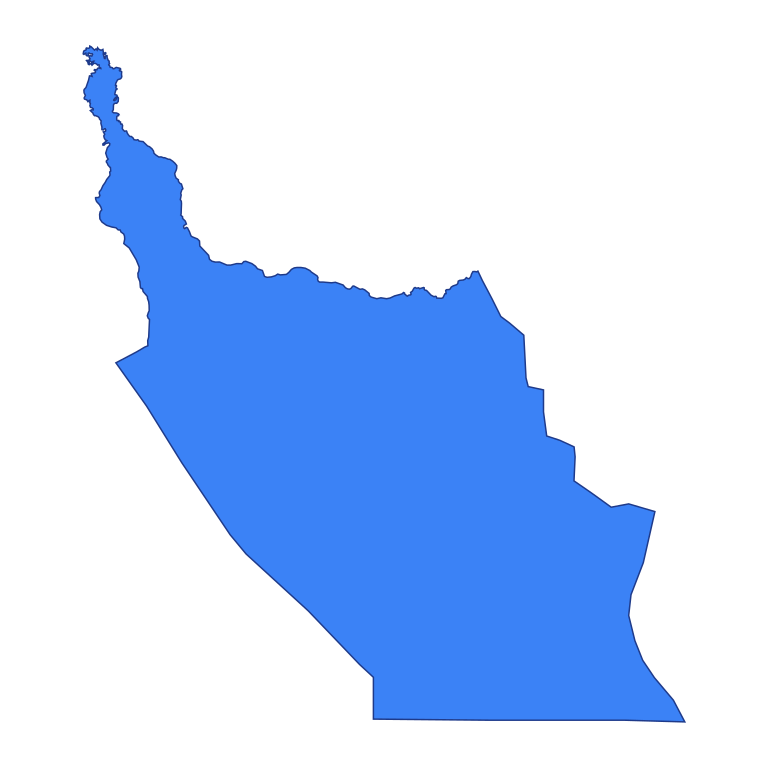 Intan Jaya, Papua, Indonesia
{"feature_id": "22746128B83440404091664", "entity_name": "Intan Jaya", "entity_type": "district", "adm_level": 2, "iso_a3": "IDN", "parent_name": "Indonesia", "parent_adm1": "Papua", "projection": "albers", "projection_center": [136.506, -3.409], "detail": "fine", "context": "isolated", "style": "filled", "palette": "blue", "viewbox_px": 768, "rotation_deg": 0, "n_neighbors": 0, "source": "geoboundaries", "source_scale": "gbopen_adm2", "svg_char_len": 5866}
<svg xmlns="http://www.w3.org/2000/svg" viewBox="0 0 768 768"><path d="M477.9,271.1L476.7,271.9L474.9,271.5L472.9,271.6L471.5,274.1L470.8,276.6L469.4,278.5L468.0,278.6L466.3,277.6L465.0,279.2L463.3,280.0L459.6,280.4L458.2,281.2L457.8,283.6L456.6,284.7L453.1,285.9L451.2,287.1L450.2,288.9L449.3,289.5L446.5,289.7L445.7,290.4L446.1,293.6L444.9,293.8L442.9,297.8L441.4,298.3L436.8,298.1L436.2,296.5L435.3,296.3L434.0,296.7L431.1,295.2L426.5,290.4L425.1,290.2L424.2,289.3L424.2,287.8L423.6,287.5L419.5,288.7L418.7,287.8L416.4,288.2L415.1,287.5L414.0,288.1L412.2,291.3L410.6,292.4L411.1,294.1L410.7,294.8L408.3,295.3L407.6,296.1L406.4,295.7L405.6,294.6L404.5,294.0L404.5,293.0L403.6,292.5L401.8,294.0L394.6,295.9L390.1,298.0L386.6,298.7L380.9,297.8L376.8,298.7L371.2,297.1L369.3,295.5L369.1,293.4L364.8,289.9L362.5,288.9L360.0,289.3L353.8,286.0L352.7,286.2L350.9,288.5L349.3,289.2L347.3,288.8L345.4,287.7L343.1,285.0L335.4,282.3L331.5,282.8L323.2,282.1L319.5,282.1L318.1,281.0L317.6,279.4L318.0,277.6L317.1,275.9L311.4,272.1L309.8,270.5L305.3,268.2L301.0,267.5L296.9,267.5L294.2,267.9L291.4,269.4L288.9,272.3L286.4,274.4L280.4,274.9L277.7,274.1L275.3,275.7L271.3,276.9L267.0,277.3L264.5,276.4L262.4,270.5L257.5,268.8L255.5,266.2L251.9,263.6L245.8,261.3L243.8,261.6L241.9,263.7L236.7,263.6L230.6,265.1L227.0,265.1L219.6,262.0L215.3,262.1L211.9,261.2L209.5,259.3L208.6,255.3L199.8,246.0L199.5,241.0L197.4,238.9L192.2,236.8L191.0,235.9L189.4,231.6L187.5,227.9L186.3,227.4L184.7,228.6L183.9,228.0L183.6,226.4L184.0,225.5L186.4,224.0L185.3,221.1L182.6,218.4L182.6,216.8L180.7,215.0L181.1,214.1L181.5,203.5L181.3,201.2L180.3,199.7L181.2,195.0L180.7,193.3L181.9,189.7L182.9,188.8L181.4,184.0L180.0,183.4L178.8,181.9L178.3,180.9L178.4,179.8L176.1,178.1L175.1,175.6L174.7,173.5L176.3,169.9L176.7,168.2L176.8,165.6L174.9,163.2L172.7,161.2L169.9,159.3L168.2,159.2L164.7,157.7L163.8,157.8L161.1,156.9L158.8,157.0L155.6,154.8L154.0,153.3L153.5,151.1L152.0,148.8L149.5,146.7L147.6,146.0L143.1,141.6L139.8,141.2L138.8,140.9L138.3,140.0L137.5,139.7L136.4,140.1L134.0,139.7L133.1,138.0L131.4,136.5L129.7,136.4L128.1,134.5L126.9,132.3L126.8,131.4L126.3,130.9L124.6,131.3L122.8,129.5L122.3,128.5L122.6,125.5L121.9,124.0L121.0,124.2L120.5,123.2L120.5,122.0L119.0,121.6L119.3,121.2L118.8,120.5L117.1,120.5L116.7,119.5L116.8,116.5L117.5,115.9L118.4,115.7L118.4,114.7L119.0,114.6L118.6,113.9L116.6,113.0L113.6,112.8L112.5,111.9L112.4,111.1L113.3,109.9L113.5,104.8L114.3,103.6L115.6,103.2L116.7,103.3L118.2,101.5L118.4,98.3L118.2,97.5L117.5,97.3L116.8,97.6L115.9,99.8L114.2,100.6L113.7,100.3L113.8,99.7L115.2,97.9L117.3,96.2L116.8,95.1L114.9,94.6L114.9,93.5L115.8,89.9L116.9,89.4L117.0,88.7L115.9,87.9L115.9,86.9L116.5,86.1L116.4,85.6L115.5,85.3L115.8,83.3L117.3,80.3L118.0,79.6L120.5,78.8L121.4,77.8L121.8,76.6L121.5,74.2L121.7,71.8L121.0,71.1L119.8,71.0L119.4,70.6L119.5,70.0L120.6,69.4L120.6,68.9L120.0,68.3L116.2,67.4L113.8,68.8L112.9,68.6L112.5,67.8L111.5,67.4L110.2,67.3L109.6,65.6L108.9,65.2L108.7,64.6L109.6,63.6L109.1,62.7L109.2,61.7L109.0,60.9L108.3,60.5L107.2,57.9L107.0,55.6L106.5,55.5L104.9,56.7L105.3,58.0L105.0,58.6L104.4,58.4L103.3,54.3L105.1,54.5L105.9,53.1L105.2,52.6L103.9,53.5L103.4,53.0L102.9,49.4L101.1,50.3L98.9,49.3L97.6,47.7L97.1,50.1L96.0,48.9L94.5,50.1L91.3,46.9L89.8,46.1L89.7,47.8L88.5,48.3L86.4,48.0L86.0,48.8L86.3,49.4L85.8,50.1L84.2,50.6L83.6,51.5L83.2,53.9L83.9,54.4L85.8,53.1L86.2,55.2L86.9,55.8L87.7,55.9L88.3,55.5L88.1,53.3L88.7,53.0L89.3,53.0L90.1,53.8L92.2,53.7L92.6,54.4L91.8,56.1L90.0,55.7L89.0,56.1L89.3,57.6L90.1,58.8L89.3,59.7L88.5,60.5L87.9,60.6L87.1,60.3L86.5,60.5L87.8,62.1L88.3,64.2L89.2,64.7L89.8,64.4L89.9,63.6L89.3,63.0L89.1,61.8L89.2,60.9L89.8,60.7L91.2,61.9L92.3,62.0L93.3,61.2L93.9,61.2L93.0,62.5L91.8,62.9L91.4,63.4L91.4,64.2L92.0,65.2L93.8,63.4L95.4,63.4L97.1,64.4L97.5,65.1L98.2,64.8L99.2,65.0L99.1,66.3L99.6,67.5L100.6,67.8L100.8,68.5L98.5,68.0L97.5,68.4L96.9,69.8L94.5,69.6L94.2,70.2L95.4,71.1L95.5,72.1L94.8,72.9L91.9,73.3L91.2,73.8L92.1,76.4L90.1,75.8L89.5,75.9L88.5,80.3L86.0,87.5L84.2,89.4L83.9,90.4L84.1,92.8L85.4,95.5L84.1,98.0L84.5,99.1L86.7,99.8L88.0,101.7L89.0,100.6L89.9,100.2L89.8,102.9L90.4,103.4L89.9,105.6L90.5,107.4L91.9,107.7L93.3,108.8L93.2,109.9L91.6,109.8L90.3,110.6L92.8,112.9L93.5,114.6L94.5,115.7L95.5,115.6L98.1,116.7L99.2,117.8L99.5,119.0L101.1,120.8L100.9,123.4L101.9,126.9L101.9,129.6L103.2,130.0L104.4,128.8L105.2,128.7L105.8,129.9L105.5,131.3L103.3,131.9L104.7,134.2L103.8,135.9L104.2,137.9L105.3,139.9L106.9,140.6L102.8,144.0L103.0,145.1L104.1,145.1L105.6,143.6L108.7,142.8L109.8,143.7L109.6,145.2L107.4,147.6L105.7,153.1L107.1,157.5L108.2,159.1L106.4,160.9L106.3,161.9L107.5,163.7L107.8,164.8L109.8,167.2L110.4,167.4L110.7,171.1L109.7,172.0L110.0,174.6L109.8,175.6L106.7,179.5L105.2,182.4L102.9,185.7L101.1,189.7L99.5,191.6L99.2,193.0L99.9,195.6L98.7,197.5L95.6,197.6L95.6,199.0L96.6,201.6L99.5,204.7L101.0,207.4L101.7,209.9L100.2,211.7L99.6,214.6L99.9,218.9L102.0,222.1L106.5,225.3L111.7,227.0L116.0,227.8L118.2,229.9L120.2,230.0L120.9,231.9L123.7,234.0L124.5,236.1L124.7,239.1L123.8,243.6L129.2,247.9L136.2,259.7L139.2,267.1L138.8,271.2L137.9,273.2L138.1,277.1L139.9,281.6L140.4,287.4L141.3,288.6L142.5,288.6L143.1,291.5L147.4,296.5L147.5,298.4L148.7,301.8L149.1,305.4L149.2,310.8L148.4,312.4L147.3,315.8L148.2,318.2L149.5,319.5L148.7,337.1L147.7,340.6L147.9,345.8L144.7,347.1L136.6,351.9L115.9,362.8L146.6,406.1L181.9,462.9L230.1,534.7L246.1,554.0L308.2,610.8L359.5,664.4L373.4,677.3L373.4,719.1L490.0,720.2L624.7,720.2L684.8,721.9L673.4,700.2L654.4,677.7L642.7,660.3L634.9,640.7L628.7,615.5L631.0,594.7L643.3,562.7L654.9,511.6L628.7,503.9L611.2,507.2L591.5,493.0L574.0,480.9L575.1,456.8L574.1,446.9L559.8,440.3L546.7,436.0L543.5,411.9L543.5,389.9L528.2,386.6L526.0,377.9L523.8,335.2L509.6,323.1L500.8,316.5L492.1,299.0L482.3,280.4L477.9,271.1Z" fill="#3b82f6" stroke="#1e3a8a" stroke-width="1.5"/></svg>